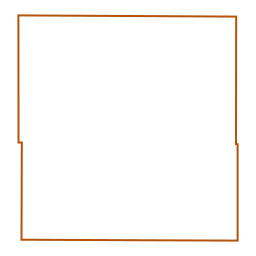 the district of Spink, South Dakota, United States of America
{"feature_id": "52423323B36678766144900", "entity_name": "Spink", "entity_type": "district", "adm_level": 2, "iso_a3": "USA", "parent_name": "United States of America", "parent_adm1": "South Dakota", "projection": "robinson", "projection_center": [-98.314, 44.938], "detail": "fine", "context": "isolated", "style": "outline", "palette": "amber", "viewbox_px": 256, "rotation_deg": 0, "n_neighbors": 0, "source": "geoboundaries", "source_scale": "gbopen_adm2", "svg_char_len": 263}
<svg xmlns="http://www.w3.org/2000/svg" viewBox="0 0 256 256"><path d="M237.6,240.6L237.6,144.2L236.0,144.2L236.1,48.4L236.2,16.6L18.4,15.4L18.5,142.5L21.8,142.5L21.7,175.4L21.5,239.7L129.5,240.2L237.6,240.6Z" fill="none" stroke="#b45309" stroke-width="2"/></svg>